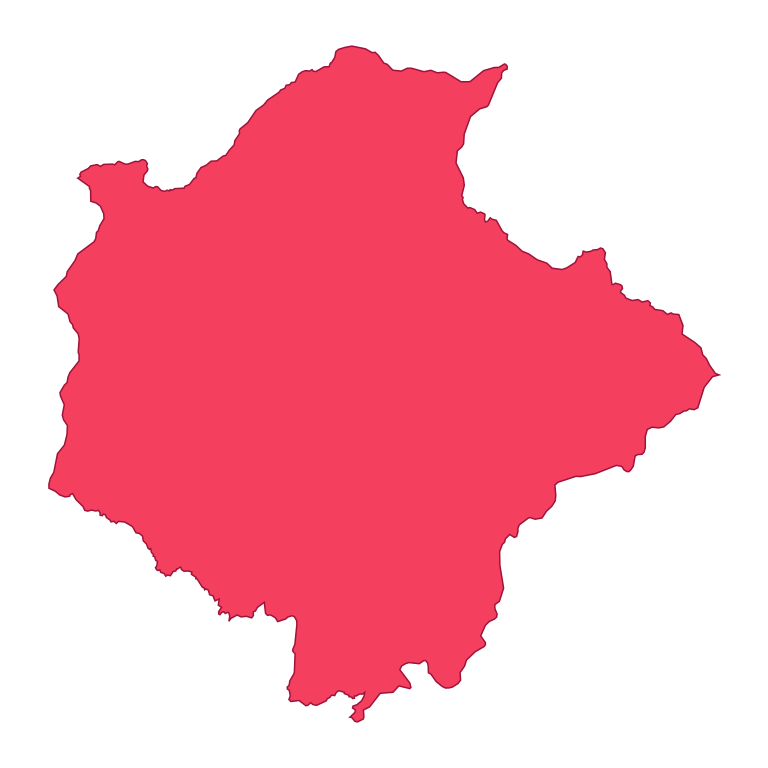 Ortega, Tolima, Colombia (orthographic projection)
{"feature_id": "7082276B4553188795212", "entity_name": "Ortega", "entity_type": "district", "adm_level": 2, "iso_a3": "COL", "parent_name": "Colombia", "parent_adm1": "Tolima", "projection": "orthographic", "projection_center": [-75.305, 3.933], "detail": "fine", "context": "isolated", "style": "filled", "palette": "rose", "viewbox_px": 768, "rotation_deg": 0, "n_neighbors": 0, "source": "geoboundaries", "source_scale": "gbopen_adm2", "svg_char_len": 6016}
<svg xmlns="http://www.w3.org/2000/svg" viewBox="0 0 768 768"><path d="M112.6,164.1L103.7,164.4L100.5,166.4L97.1,164.6L90.7,165.9L88.2,168.5L81.0,172.2L79.8,174.5L80.6,176.3L77.7,178.1L89.4,186.5L89.5,188.6L90.6,190.4L90.8,201.3L96.1,203.0L100.4,206.2L103.7,213.6L104.0,218.7L99.8,225.7L98.2,230.8L96.5,232.4L95.7,238.7L94.0,241.8L77.8,253.9L75.0,260.6L67.2,271.7L66.3,276.4L58.1,284.4L54.0,289.9L57.1,295.9L58.7,306.6L68.0,314.0L70.0,321.6L72.7,324.8L73.2,327.8L78.1,333.7L79.2,338.5L78.2,352.2L79.1,355.0L79.0,361.0L69.9,372.6L68.0,377.2L67.1,382.5L64.3,385.2L60.0,392.5L60.5,396.1L64.3,404.7L62.3,415.1L63.7,420.0L67.4,425.5L67.0,434.5L64.4,445.1L57.5,453.7L53.8,472.3L50.3,478.3L48.9,484.2L49.0,488.3L55.4,491.3L59.6,494.9L65.0,496.9L69.6,496.3L70.3,494.6L72.6,493.6L76.1,499.7L83.0,506.5L84.8,510.4L87.8,511.1L91.4,510.1L95.8,511.0L98.4,510.4L100.1,512.7L100.1,515.2L102.3,515.7L103.4,514.1L105.5,515.0L106.4,517.5L110.3,520.3L111.0,521.9L114.0,521.3L116.3,523.5L118.5,521.4L124.6,522.0L132.4,526.5L136.0,532.8L139.3,533.4L142.5,536.1L143.3,540.9L146.5,544.0L148.0,548.1L149.4,549.4L150.7,548.6L151.5,552.6L153.5,554.5L153.1,556.1L154.6,556.7L155.7,560.3L157.4,561.4L156.9,565.7L155.5,567.6L156.5,569.7L158.0,570.5L159.8,569.9L160.8,572.4L164.1,573.5L165.8,576.2L167.4,575.0L170.4,575.7L173.3,571.4L175.8,571.0L176.7,568.8L177.6,569.0L179.9,567.3L180.9,567.3L181.3,569.3L183.8,571.2L188.2,571.0L191.9,572.1L191.4,574.3L195.9,577.2L195.8,578.7L197.0,578.8L202.4,587.3L204.2,587.9L204.6,589.8L205.9,589.0L208.4,590.2L209.6,594.7L213.1,595.9L214.9,600.9L219.2,599.0L218.3,605.2L221.5,607.3L218.6,611.8L218.7,614.0L219.9,614.7L221.7,612.4L223.7,611.7L225.3,613.5L227.6,612.4L228.8,612.8L229.7,616.2L228.9,621.3L230.8,618.5L237.2,615.0L241.0,616.9L246.5,616.3L251.7,617.9L253.4,615.5L253.2,612.0L255.4,611.0L257.4,607.4L264.3,602.3L265.5,613.1L267.4,615.3L270.5,614.9L275.2,617.6L277.7,621.6L285.9,618.9L287.6,617.1L292.1,615.7L294.4,616.7L296.6,620.5L296.9,624.2L294.9,644.3L292.9,649.1L292.8,651.2L295.1,653.9L294.4,671.2L294.1,673.4L289.8,680.9L289.1,685.4L287.2,687.1L287.4,689.1L289.2,690.2L290.3,695.9L288.9,699.5L290.8,701.5L299.0,700.5L305.9,705.7L307.7,705.4L310.7,702.7L312.9,704.6L316.7,705.3L326.2,700.9L327.3,698.7L329.8,697.5L331.6,695.1L334.7,695.6L336.2,692.6L338.7,690.7L344.4,692.3L344.3,693.6L348.9,695.3L349.0,696.7L351.9,697.2L352.4,698.5L354.4,698.3L354.5,695.9L356.4,695.9L359.4,694.1L362.9,694.0L364.7,692.4L364.1,696.0L361.6,700.8L357.0,704.7L353.0,706.1L352.5,708.1L355.3,709.7L355.0,712.3L349.9,717.2L351.6,717.4L355.0,721.4L357.6,721.9L363.3,719.0L363.9,716.9L363.4,710.0L369.6,706.9L380.2,693.3L393.0,692.3L398.9,685.9L409.8,688.6L410.9,687.5L409.8,683.0L399.8,669.7L401.7,665.9L405.8,663.5L409.1,662.6L419.3,663.7L423.9,660.5L425.7,660.7L427.4,662.7L428.2,665.8L428.4,672.8L430.9,674.1L436.1,681.5L442.1,686.4L445.5,688.0L449.2,687.9L452.5,687.0L457.9,683.6L460.6,680.2L460.1,672.5L464.5,666.2L466.5,660.0L475.4,651.6L484.2,646.5L485.5,644.5L485.3,642.4L480.7,635.9L485.5,625.1L489.4,621.4L494.4,619.1L496.7,617.0L497.1,614.1L494.8,608.3L494.9,604.6L499.4,601.3L503.6,588.1L499.9,565.5L499.6,551.6L502.4,544.2L504.5,542.4L505.4,538.8L509.8,534.5L514.3,537.4L516.6,536.4L518.0,531.3L517.8,528.6L519.3,524.8L528.4,518.0L530.1,517.6L535.1,519.2L542.0,518.0L546.5,511.2L551.7,506.4L555.1,501.1L555.8,495.8L554.9,485.1L557.8,482.3L576.0,476.3L580.5,476.6L595.2,473.7L616.4,465.4L621.8,466.4L624.0,469.8L626.9,471.6L628.9,471.6L630.3,470.5L633.3,466.3L635.1,456.1L637.5,454.6L642.0,454.3L644.0,452.2L645.3,447.8L645.3,436.4L647.3,429.4L652.1,427.2L658.7,427.9L663.8,426.9L670.6,421.2L675.8,414.5L679.7,413.6L684.0,411.0L686.4,410.8L689.4,408.8L694.0,409.7L697.8,407.8L704.2,387.3L712.5,376.7L719.1,374.9L715.3,373.4L709.7,365.4L706.4,358.7L702.7,354.7L700.9,347.8L694.7,342.4L682.0,334.0L683.0,325.5L678.8,314.5L673.3,314.1L671.1,312.9L667.3,314.4L662.9,310.7L654.7,309.4L652.7,306.9L649.8,305.5L650.4,303.0L647.9,300.7L642.1,302.0L638.1,299.6L632.2,300.5L627.6,298.8L625.6,297.8L624.5,295.3L620.6,292.5L620.8,290.8L622.5,288.6L622.0,286.0L620.5,284.7L615.4,283.2L612.9,284.7L611.9,284.2L610.2,271.6L606.9,267.3L606.9,263.8L604.4,259.3L605.4,252.8L602.9,248.8L600.5,248.0L597.6,249.6L593.0,250.0L591.3,251.2L586.4,252.1L583.2,251.1L582.4,255.0L580.2,256.9L578.1,256.5L575.2,262.5L566.5,268.0L562.1,269.5L552.2,268.2L546.7,263.1L537.2,259.8L528.7,253.9L522.1,251.2L515.9,245.4L507.7,240.2L507.0,238.8L507.6,234.5L503.8,232.7L502.1,230.8L496.3,220.3L492.0,219.2L490.2,217.8L487.6,221.4L485.4,221.8L484.5,220.0L485.0,214.6L484.4,213.8L480.6,212.1L477.2,213.2L474.7,209.6L469.8,207.5L467.9,208.1L463.8,203.9L462.4,199.5L463.1,197.5L461.7,195.8L464.3,185.3L463.3,177.8L456.0,163.0L457.4,150.8L461.6,147.1L463.6,143.9L464.2,134.2L470.5,116.6L479.6,108.9L486.8,106.7L488.4,105.1L497.6,82.8L501.4,78.2L501.7,72.7L503.9,70.3L507.1,69.1L507.2,66.2L505.6,64.3L504.4,64.0L498.8,67.4L494.3,67.5L483.7,70.6L469.9,81.7L461.1,81.8L446.0,72.6L443.9,72.2L437.3,72.8L430.8,70.3L423.9,71.7L411.3,68.2L407.4,68.2L401.2,71.1L392.8,70.2L387.2,64.3L383.8,63.1L378.2,55.1L375.1,52.3L372.2,52.7L365.4,48.8L351.9,46.1L344.6,47.5L338.5,49.4L335.9,51.6L334.8,57.3L331.7,62.5L330.4,63.0L329.1,66.7L324.2,66.8L315.9,71.5L313.3,71.2L312.0,69.6L309.6,71.1L305.8,70.6L302.3,71.7L298.7,74.2L295.1,82.1L291.4,82.5L289.7,84.7L286.2,85.2L284.7,88.4L280.6,90.0L279.1,92.2L267.8,99.9L263.4,105.2L256.1,110.4L247.8,122.6L240.1,128.9L239.3,130.4L239.5,133.8L234.9,140.5L234.1,145.0L229.5,149.9L225.9,155.3L223.0,156.1L216.8,160.9L211.0,161.2L206.3,165.2L201.0,167.5L197.0,173.2L195.8,177.9L194.1,178.4L189.5,184.5L185.1,186.2L184.0,188.2L174.9,188.6L172.5,190.0L170.1,189.7L169.5,190.9L167.0,190.2L165.1,191.4L161.1,190.5L157.5,186.7L155.5,186.6L153.4,188.0L147.7,186.2L143.0,181.8L144.0,174.9L147.2,171.1L147.9,169.0L146.6,166.2L147.4,163.6L145.5,160.6L143.5,159.7L141.4,159.8L138.8,161.6L135.2,161.4L127.9,164.1L125.0,164.1L119.2,161.4L117.7,161.8L114.6,164.8L112.6,164.1Z" fill="#f43f5e" stroke="#9f1239" stroke-width="1.5"/></svg>